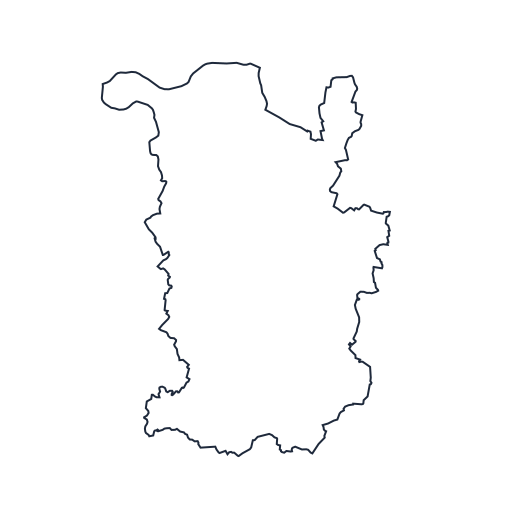 the district of Thieu Hoa, Thanh Hóa, Vietnam, rotated 260°
{"feature_id": "81297802B18173194226488", "entity_name": "Thieu Hoa", "entity_type": "district", "adm_level": 2, "iso_a3": "VNM", "parent_name": "Vietnam", "parent_adm1": "Thanh Hóa", "projection": "albers", "projection_center": [105.666, 19.898], "detail": "fine", "context": "isolated", "style": "outline", "palette": "slate", "viewbox_px": 512, "rotation_deg": 260, "n_neighbors": 0, "source": "geoboundaries", "source_scale": "gbopen_adm2", "svg_char_len": 6081}
<svg xmlns="http://www.w3.org/2000/svg" viewBox="0 0 512 512"><g transform="rotate(260 256 256)"><path d="M367.7,382.5L369.1,382.1L370.3,382.4L376.2,385.2L377.8,382.2L380.0,379.4L380.9,379.0L383.5,380.0L389.6,380.8L390.3,379.2L390.4,377.6L391.1,376.9L400.7,382.5L401.9,384.1L403.1,384.7L405.1,384.6L407.9,383.3L409.5,383.0L415.0,382.6L416.8,381.7L417.0,379.9L416.4,376.4L418.0,366.2L417.6,362.3L416.7,362.1L416.0,360.7L409.7,358.8L409.3,356.4L409.9,354.7L405.1,352.8L394.8,349.7L393.9,346.1L393.0,344.6L391.5,343.8L385.5,343.3L380.8,343.5L377.0,345.6L376.2,343.8L367.9,344.7L367.8,341.2L360.0,341.4L358.6,341.8L360.0,337.1L359.1,334.9L361.9,330.2L366.4,331.3L369.0,331.2L370.5,328.5L369.8,328.0L375.1,322.2L380.1,312.1L388.5,302.9L398.4,290.6L401.8,292.5L404.0,293.3L406.7,293.2L411.1,292.2L415.6,290.5L423.3,290.7L425.3,290.2L432.7,289.8L435.8,290.4L440.7,292.5L446.3,284.2L446.5,283.5L446.0,279.9L446.3,278.0L446.6,276.7L449.6,270.5L450.7,260.5L453.8,246.3L453.9,241.4L453.6,239.4L452.7,236.9L446.7,225.8L444.2,223.0L439.1,219.8L437.9,218.0L436.2,212.0L435.3,199.2L436.2,194.8L438.6,190.3L449.0,180.3L452.7,175.6L455.6,172.7L457.8,169.5L458.4,167.4L458.9,165.3L459.0,159.7L460.2,154.6L460.1,151.6L459.2,149.6L453.7,142.4L452.7,139.4L452.0,134.9L449.2,134.6L438.4,131.6L436.5,131.6L433.6,132.8L431.7,134.3L427.1,139.2L425.9,142.6L423.8,146.6L423.3,150.9L423.6,153.8L424.7,156.6L427.7,161.2L429.0,164.9L428.6,166.3L423.6,175.6L419.5,179.1L417.8,179.9L415.1,180.3L412.6,180.5L409.8,179.6L405.5,180.8L394.8,181.8L391.5,180.7L390.1,178.0L388.0,172.1L386.6,170.7L377.8,169.9L375.7,170.0L374.2,170.7L373.5,171.9L372.7,175.4L371.1,176.6L368.0,176.7L361.5,175.1L357.9,175.7L355.1,177.0L351.6,177.4L348.9,177.1L347.0,175.5L345.9,176.6L345.6,179.5L345.1,180.4L344.6,180.6L343.2,180.1L340.3,177.7L336.2,175.3L329.2,169.6L327.9,169.8L326.4,171.4L324.4,172.1L321.2,169.9L319.0,169.1L314.5,169.1L314.9,165.8L314.1,161.6L313.0,159.4L312.1,158.7L310.9,154.3L308.6,152.3L300.9,155.1L296.9,157.9L291.9,160.3L290.9,160.2L291.4,159.5L291.1,159.2L287.5,159.6L285.2,160.7L281.8,163.1L273.2,164.4L273.1,165.0L275.4,170.3L274.9,170.7L272.7,170.4L272.0,170.8L269.4,168.3L268.5,166.7L267.8,164.0L262.8,157.3L259.9,159.7L259.6,160.1L259.9,162.4L258.7,163.7L253.5,166.8L252.0,166.1L250.4,167.6L249.8,167.3L248.7,165.5L247.8,164.9L243.3,164.7L242.1,165.5L241.5,167.4L240.6,167.7L239.3,167.1L239.0,165.1L234.9,162.2L235.1,160.1L229.8,158.0L229.2,159.2L228.1,159.3L218.6,156.6L218.0,157.1L217.2,159.5L214.8,157.7L212.9,159.5L211.1,160.0L209.3,158.6L204.4,151.7L201.1,147.9L199.5,149.4L196.5,154.5L194.9,155.4L192.4,155.8L190.2,157.5L189.2,161.1L187.1,162.7L185.9,162.4L182.9,160.0L181.2,160.3L178.1,161.9L173.2,161.7L169.4,162.7L166.7,162.5L166.4,166.1L160.5,170.9L158.7,168.9L157.7,169.2L156.7,170.5L148.5,166.6L146.3,169.1L144.1,167.6L143.4,165.6L139.0,162.2L138.7,161.3L139.2,160.9L139.1,160.1L135.1,156.5L135.1,155.6L136.4,155.0L136.6,153.7L133.9,150.3L133.5,149.2L133.8,148.8L134.7,149.0L136.8,150.4L137.8,150.0L138.2,147.6L137.2,145.4L138.2,144.1L141.3,143.6L142.1,143.2L143.6,141.1L143.7,139.4L143.2,138.1L142.0,137.7L139.1,138.0L136.9,136.0L133.6,136.4L134.1,133.7L135.1,132.2L137.3,130.3L137.4,129.3L133.4,128.0L131.7,123.2L125.3,121.1L122.1,123.0L120.1,123.0L117.8,120.9L116.6,117.8L115.9,117.8L113.9,120.1L111.5,120.4L109.8,119.6L107.4,117.4L105.2,116.6L102.3,116.5L100.8,116.9L98.4,119.2L97.0,119.6L97.1,123.6L101.0,125.3L101.6,126.0L101.7,127.8L102.2,128.9L101.7,129.3L100.6,128.7L100.4,129.2L101.0,133.9L101.9,135.8L101.9,137.9L101.5,141.2L99.4,142.6L98.9,146.1L99.5,148.1L96.3,150.8L94.8,154.4L93.1,155.3L92.0,157.1L89.0,157.5L86.8,158.9L86.2,161.3L84.1,163.4L83.8,166.4L82.2,166.9L80.7,166.5L76.9,168.1L75.3,182.8L72.3,183.5L69.0,185.1L68.3,185.9L69.4,192.2L65.7,193.5L67.4,195.5L67.4,197.5L66.4,198.5L66.1,200.4L62.4,203.4L62.0,204.2L64.1,208.5L66.8,216.4L68.3,218.0L75.1,220.9L74.9,222.7L77.6,226.2L78.5,238.1L76.8,240.7L74.2,242.7L73.0,244.9L72.3,245.1L67.2,243.8L66.0,245.0L65.3,246.9L61.3,245.8L60.4,246.9L59.3,246.7L58.4,247.5L57.4,249.6L58.7,252.1L57.4,256.2L57.4,257.6L58.9,257.5L60.3,258.1L60.8,258.8L61.4,261.5L57.5,267.6L56.9,272.0L56.1,273.7L52.9,275.7L51.8,277.2L60.0,285.0L65.2,292.1L67.0,292.1L71.2,294.6L71.8,293.7L73.3,292.7L75.9,292.8L77.9,292.3L78.5,297.8L80.4,304.1L80.8,307.7L86.4,311.0L87.6,312.5L88.7,315.8L90.3,315.7L92.2,317.6L93.0,321.3L92.9,325.9L93.7,326.1L91.6,334.3L91.7,335.6L92.2,336.1L95.3,337.0L98.3,341.5L109.7,345.7L109.8,346.8L111.0,347.7L113.0,346.9L116.3,347.9L127.0,349.1L133.3,342.7L133.7,341.6L133.6,339.4L134.5,339.2L135.9,340.5L138.2,336.3L141.1,336.7L146.4,332.9L148.6,331.8L150.5,333.5L152.8,332.2L154.0,333.5L152.0,335.2L154.2,339.1L154.9,339.4L157.1,337.7L157.9,337.7L164.1,342.1L166.8,343.0L173.1,346.2L177.7,346.9L186.8,345.0L190.6,344.9L195.5,347.7L195.1,349.3L195.3,350.1L195.9,350.2L197.2,348.6L200.1,348.8L200.8,349.3L202.7,352.6L202.0,356.0L200.4,358.8L200.0,361.6L199.2,363.4L199.8,368.0L200.6,370.3L201.5,370.2L203.9,368.6L208.9,368.6L209.9,367.6L213.7,368.0L218.6,367.8L221.6,369.4L224.1,369.6L224.8,369.9L222.0,377.9L223.2,378.6L225.2,378.9L226.9,378.3L228.1,378.6L228.9,377.7L231.2,377.4L233.0,374.8L240.4,373.8L240.9,374.9L242.3,374.7L245.3,379.6L245.5,383.4L244.1,387.7L245.8,387.5L246.3,387.8L246.3,388.7L247.0,388.9L251.8,388.5L252.8,390.7L257.8,390.8L257.9,392.1L262.9,391.6L265.5,389.5L266.3,389.6L272.0,391.5L272.2,393.1L273.0,394.3L276.2,395.5L276.8,393.4L276.7,391.8L277.1,389.5L275.9,388.9L275.6,388.3L277.8,382.6L280.7,377.2L283.6,376.8L284.8,376.3L287.8,371.5L287.7,370.8L284.0,365.6L284.3,364.7L285.5,363.7L285.8,362.2L283.9,360.6L286.5,358.2L287.1,357.0L283.6,350.4L283.5,349.2L288.5,344.6L291.4,341.1L302.7,346.9L303.8,346.3L305.8,341.3L307.2,340.2L308.7,340.3L309.9,341.0L311.9,344.1L320.6,352.1L323.6,353.5L324.6,354.7L327.3,354.7L330.1,352.3L332.7,351.9L334.6,350.7L334.9,360.3L334.5,362.2L335.1,363.5L344.8,363.0L346.9,362.3L351.3,364.6L354.3,366.4L356.2,368.0L356.9,370.4L357.6,371.1L360.2,372.1L361.7,375.1L362.4,378.7L363.1,379.9L365.9,382.2L367.7,382.5Z" fill="none" stroke="#1e293b" stroke-width="2"/></g></svg>